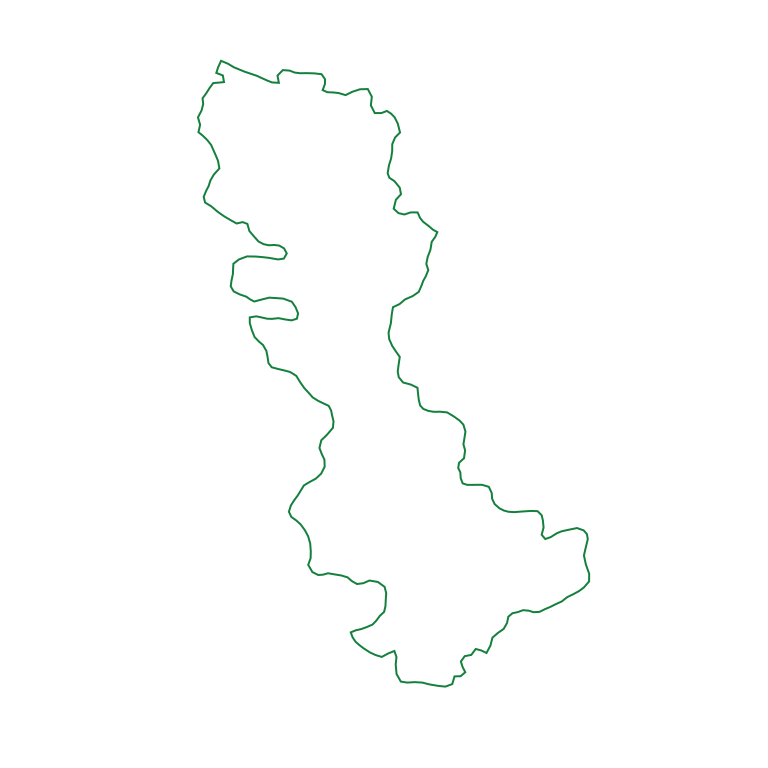 Santo Hipólito, Minas Gerais, Brazil (orthographic projection), rotated 15°
{"feature_id": "56859067B25350866893679", "entity_name": "Santo Hipólito", "entity_type": "district", "adm_level": 2, "iso_a3": "BRA", "parent_name": "Brazil", "parent_adm1": "Minas Gerais", "projection": "orthographic", "projection_center": [-44.176, -18.392], "detail": "fine", "context": "isolated", "style": "outline", "palette": "green", "viewbox_px": 768, "rotation_deg": 15, "n_neighbors": 0, "source": "geoboundaries", "source_scale": "gbopen_adm2", "svg_char_len": 4245}
<svg xmlns="http://www.w3.org/2000/svg" viewBox="0 0 768 768"><g transform="rotate(15 384 384)"><path d="M143.0,114.0L141.8,121.1L141.5,126.9L148.5,127.7L151.3,133.8L146.5,135.6L141.2,137.5L139.0,143.0L136.9,149.6L134.8,155.0L136.9,160.3L137.0,166.9L135.3,174.6L139.3,181.2L139.6,188.8L144.6,191.0L150.3,194.2L155.2,197.9L159.4,203.1L162.4,206.8L165.9,211.4L169.2,218.4L165.4,225.8L163.6,232.5L163.4,238.1L162.2,243.5L161.4,249.9L164.2,255.0L171.2,257.1L178.8,260.7L186.2,263.4L194.1,265.6L200.1,267.1L205.6,264.2L210.6,264.7L214.4,271.1L220.5,275.3L226.0,278.9L231.7,280.1L236.8,279.8L242.1,278.1L247.1,277.4L252.4,278.9L256.3,283.1L254.8,288.8L249.4,291.1L240.5,291.9L235.0,292.7L227.5,294.0L218.7,296.2L211.7,301.2L207.4,306.8L208.4,311.7L209.6,316.9L209.9,323.4L210.7,329.4L214.9,333.5L221.5,334.8L228.5,335.3L232.8,336.9L237.3,337.9L244.1,334.0L250.8,330.3L257.7,328.9L264.6,327.6L273.7,328.4L278.7,332.7L282.7,338.0L283.0,343.4L278.4,346.4L272.2,347.2L265.1,347.7L258.9,350.1L254.1,351.2L248.3,351.4L243.1,351.7L237.1,354.4L238.6,359.9L242.3,366.0L246.8,372.1L252.1,375.3L257.1,377.7L261.9,382.6L264.4,387.7L267.0,393.7L271.2,396.9L277.9,396.9L284.7,396.7L290.1,396.7L297.1,398.8L302.6,404.0L308.1,408.6L313.6,412.1L318.6,415.4L324.7,417.3L331.6,418.6L336.2,419.4L339.8,423.3L342.0,427.8L344.9,433.1L346.0,439.5L342.0,447.9L338.0,454.6L338.2,462.5L342.2,468.0L346.0,472.4L348.1,479.2L346.5,486.9L342.5,493.2L337.5,497.9L332.9,502.7L331.0,509.0L329.5,514.1L327.4,519.4L325.5,525.4L325.2,532.0L328.9,536.4L334.8,538.6L340.0,541.3L345.5,545.8L350.2,550.8L354.0,557.2L356.6,564.6L358.2,571.2L357.6,578.3L363.5,584.2L369.9,585.5L374.6,583.9L378.9,581.3L385.4,580.7L392.2,580.0L398.9,580.2L403.7,582.6L409.7,584.2L415.5,581.8L420.8,577.6L429.3,576.8L437.1,579.8L440.3,585.5L441.3,590.8L442.9,598.2L443.1,604.1L440.1,608.8L437.8,614.6L435.2,619.3L430.6,623.0L425.3,626.7L420.5,629.2L416.2,632.5L419.2,636.8L423.2,640.3L427.8,642.6L432.5,644.5L439.8,646.9L446.1,648.0L452.5,648.2L457.9,643.1L463.1,639.2L466.7,644.5L467.9,651.9L471.2,660.9L477.3,667.1L483.7,666.4L490.6,664.1L498.2,662.5L505.7,662.4L515.0,661.5L521.6,660.4L527.6,656.2L527.8,648.2L533.6,646.4L537.1,641.4L533.1,636.9L530.1,632.2L532.4,626.0L538.4,623.1L541.2,616.2L546.9,616.2L552.6,617.3L554.5,609.1L554.4,600.9L558.5,594.9L563.0,589.6L564.7,582.9L564.3,576.6L567.5,572.1L572.3,569.7L576.8,566.5L582.3,565.5L587.5,565.7L593.1,563.9L597.9,559.7L602.4,556.2L606.9,552.2L611.9,548.1L616.2,542.4L621.5,537.8L626.0,533.5L629.8,528.7L633.2,521.6L631.3,514.2L625.7,506.1L621.5,497.8L621.2,489.6L621.0,481.1L618.8,476.4L614.7,473.7L607.7,473.2L599.7,477.2L593.7,480.3L589.5,483.5L584.6,488.8L579.9,492.0L575.3,488.8L575.3,481.4L572.8,474.7L570.3,470.0L565.3,467.1L559.4,468.4L554.6,470.0L549.3,471.8L543.2,474.0L537.3,475.2L532.5,475.2L527.7,474.2L521.9,471.3L518.1,466.8L516.3,461.5L511.9,456.2L504.8,456.0L500.3,457.2L495.3,458.6L490.5,459.9L485.7,459.6L482.5,455.2L480.6,449.6L477.4,445.9L476.9,440.6L480.5,435.0L479.5,427.1L476.3,421.6L475.8,416.3L475.0,408.9L471.2,402.7L466.5,399.8L460.2,397.4L452.4,395.1L445.7,396.2L439.1,398.0L433.8,398.5L428.4,397.9L424.5,395.4L421.8,390.5L419.8,385.6L417.3,379.0L410.0,377.6L402.0,377.6L396.5,373.6L394.1,368.6L393.3,363.1L392.2,353.7L387.2,349.6L382.1,345.1L377.4,339.3L375.1,333.2L374.9,323.6L373.4,314.2L372.8,307.5L378.4,302.7L382.4,296.9L389.0,291.6L393.7,286.1L394.7,279.7L395.2,274.2L396.5,269.1L397.3,262.5L393.8,257.1L393.3,250.1L394.1,242.4L393.3,234.3L395.5,228.4L396.2,223.5L391.5,222.3L385.9,219.7L379.7,217.1L375.8,214.2L372.1,209.6L365.4,211.3L359.8,215.0L353.8,215.2L348.0,212.2L347.8,203.0L351.3,196.3L348.4,190.3L341.5,185.3L335.9,183.5L333.0,179.6L332.2,171.6L332.5,164.4L331.6,156.7L329.9,150.2L330.9,143.0L334.4,136.9L329.9,128.9L325.3,123.7L320.8,121.0L316.1,119.5L311.5,122.9L305.0,124.7L299.2,118.3L297.9,109.7L292.0,103.3L284.6,105.5L277.7,110.0L272.1,114.9L264.8,114.7L259.6,115.5L253.8,116.8L248.7,116.0L249.3,109.5L248.2,104.9L243.5,100.9L236.2,102.0L228.6,103.8L222.7,105.5L217.2,106.3L211.8,105.7L205.0,107.0L201.3,113.7L204.5,120.3L197.7,121.7L192.7,121.1L187.0,120.2L181.4,119.2L176.4,118.9L168.6,118.4L163.0,117.7L156.9,116.9L150.3,115.0L143.0,114.0Z" fill="none" stroke="#15803d" stroke-width="2"/></g></svg>